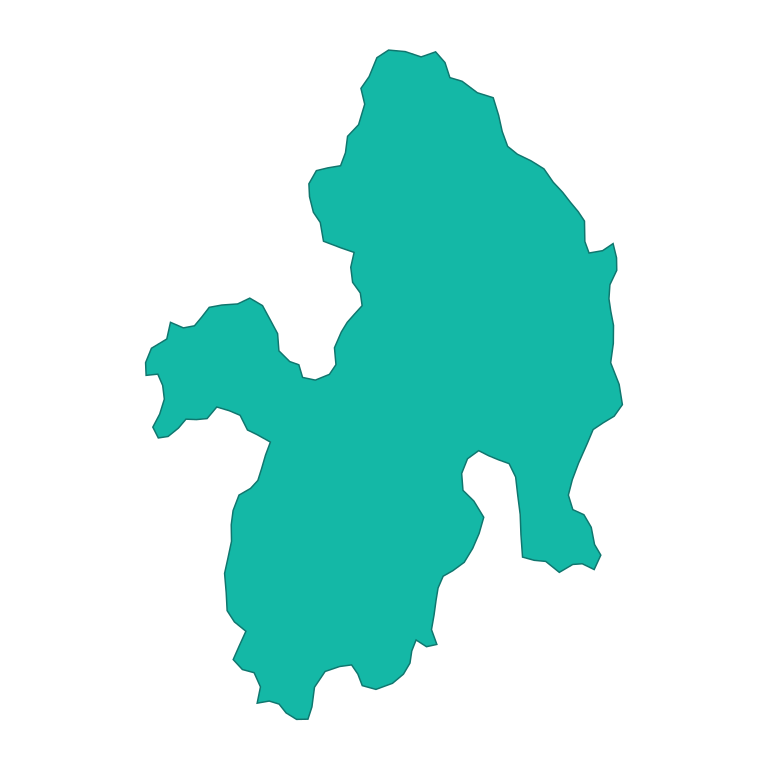 Amparo do Serra, Minas Gerais, Brazil, rotated 179°
{"feature_id": "56859067B23618411337621", "entity_name": "Amparo do Serra", "entity_type": "district", "adm_level": 2, "iso_a3": "BRA", "parent_name": "Brazil", "parent_adm1": "Minas Gerais", "projection": "equal_earth", "projection_center": [-42.798, -20.529], "detail": "fine", "context": "isolated", "style": "filled", "palette": "teal", "viewbox_px": 768, "rotation_deg": 179, "n_neighbors": 0, "source": "geoboundaries", "source_scale": "gbopen_adm2", "svg_char_len": 2314}
<svg xmlns="http://www.w3.org/2000/svg" viewBox="0 0 768 768"><g transform="rotate(179 384 384)"><path d="M516.4,67.1L504.3,69.0L494.5,65.8L487.6,56.8L477.3,50.2L465.9,50.2L461.7,62.4L458.8,82.0L447.9,97.6L433.3,102.3L421.3,103.7L415.2,94.4L411.0,82.8L397.4,78.8L380.7,84.6L369.6,93.6L362.9,104.5L360.9,116.6L356.4,127.5L346.1,120.6L335.7,122.7L340.8,137.6L338.0,152.1L335.7,167.0L333.5,179.1L328.2,190.8L318.5,196.1L306.9,204.3L298.2,218.1L291.5,232.9L286.6,249.0L296.2,265.4L306.9,276.3L307.9,293.2L301.8,307.8L290.5,315.7L280.5,310.4L270.8,306.2L260.3,302.2L254.0,288.7L252.2,270.2L250.1,251.1L249.7,230.8L248.5,208.5L236.9,205.1L225.4,203.8L212.0,192.6L198.4,200.3L188.9,200.8L177.1,194.8L170.2,209.1L176.3,219.9L179.3,237.1L186.4,249.8L197.4,255.1L201.6,269.7L197.4,285.0L190.9,301.4L181.8,321.0L175.7,334.8L165.5,341.4L154.4,347.8L146.0,359.2L148.9,379.5L157.0,401.3L154.0,420.6L153.5,438.6L156.0,452.9L157.6,465.3L156.4,479.3L149.3,493.6L149.3,506.1L152.5,520.4L163.1,513.5L176.7,511.4L180.7,523.0L180.7,543.4L186.8,552.9L194.5,562.5L202.0,572.5L211.3,582.8L220.3,596.3L233.0,604.5L246.6,611.4L256.2,619.4L261.4,634.4L264.7,650.6L269.8,668.3L285.6,673.6L300.6,685.3L312.8,689.2L317.4,704.3L326.6,715.2L341.2,710.4L357.0,716.0L373.6,717.8L385.4,710.4L393.5,691.6L401.9,680.0L398.4,664.1L404.9,643.7L416.1,632.3L418.5,615.9L423.6,603.0L436.3,601.1L447.9,598.5L455.6,585.5L455.2,572.5L451.6,556.9L444.9,546.6L442.0,527.8L424.8,520.9L411.6,516.1L415.2,501.3L413.6,486.2L406.1,475.4L404.5,462.7L412.2,454.5L419.7,446.3L425.8,436.7L432.9,421.1L431.7,404.2L438.4,394.6L452.6,389.1L465.3,392.0L468.8,404.7L477.9,408.1L488.5,419.0L489.5,436.2L496.0,448.9L504.1,464.5L516.7,472.2L529.0,466.6L544.7,465.8L557.4,463.7L565.0,454.2L572.5,445.5L583.6,443.6L596.4,449.4L600.4,432.8L615.9,423.8L622.0,409.5L621.7,396.8L610.0,397.8L605.3,386.4L603.9,372.7L608.8,357.8L615.9,344.9L610.6,334.0L600.8,335.3L590.3,343.5L582.6,352.3L572.2,351.7L561.5,352.5L551.6,363.9L539.2,360.0L528.4,355.2L521.3,340.4L511.8,335.6L498.6,327.9L503.7,315.0L507.9,301.4L511.8,289.8L519.3,281.9L530.9,275.5L537.1,260.1L539.2,245.9L539.2,229.4L542.8,213.8L546.7,197.4L545.4,177.8L544.8,160.1L537.7,148.7L526.4,139.2L533.5,124.3L539.6,111.1L530.6,101.0L518.9,97.6L512.8,83.3L516.4,67.1Z" fill="#14b8a6" stroke="#0f766e" stroke-width="1.5"/></g></svg>